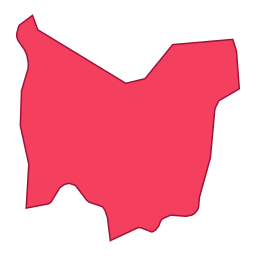 SVG path tracing the border of Redbridge
{"feature_id": "GBR-2074", "entity_name": "Redbridge", "entity_type": "London Borough", "adm_level": 1, "iso_a3": "GBR", "parent_name": "United Kingdom", "parent_adm1": "", "projection": "orthographic", "projection_center": [0.078, 51.584], "detail": "fine", "context": "isolated", "style": "filled", "palette": "rose", "viewbox_px": 256, "rotation_deg": 0, "n_neighbors": 0, "source": "natural_earth", "source_scale": "10m", "svg_char_len": 782}
<svg xmlns="http://www.w3.org/2000/svg" viewBox="0 0 256 256"><path d="M232.8,39.4L236.5,51.3L239.3,88.8L219.2,100.5L218.4,101.6L215.2,108.0L214.8,109.8L210.4,157.7L199.3,197.8L198.6,207.0L198.1,208.6L197.4,210.1L194.4,213.6L192.0,215.0L186.2,216.3L170.6,215.1L162.4,218.8L160.4,221.5L158.7,226.0L155.3,230.2L152.5,231.8L151.6,231.9L140.7,227.7L137.7,227.8L110.3,240.6L107.5,217.7L104.9,210.0L102.3,206.6L89.2,202.2L86.6,200.1L76.0,186.1L75.0,185.3L69.9,183.5L67.6,183.5L63.8,184.8L59.7,187.9L51.1,202.0L48.6,203.8L26.2,208.1L28.8,164.2L20.3,125.6L21.5,90.7L28.0,69.0L28.4,63.5L26.9,55.2L24.6,49.9L18.0,40.3L17.0,37.6L16.7,36.0L16.9,32.9L18.6,26.5L19.5,25.0L32.5,15.4L37.8,29.8L125.7,83.3L145.0,78.7L172.7,44.6L232.8,39.4Z" fill="#f43f5e" stroke="#9f1239" stroke-width="1.5"/></svg>